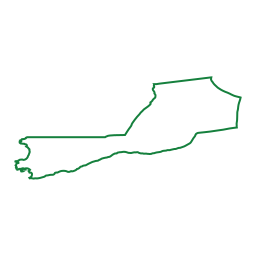 the district of Sveitarfélagið Skagaströnd, Norðurland vestra, Iceland
{"feature_id": "244011B17586381133924", "entity_name": "Sveitarfélagið Skagaströnd", "entity_type": "district", "adm_level": 2, "iso_a3": "ISL", "parent_name": "Iceland", "parent_adm1": "Norðurland vestra", "projection": "robinson", "projection_center": [-20.221, 65.865], "detail": "fine", "context": "isolated", "style": "outline", "palette": "green", "viewbox_px": 256, "rotation_deg": 0, "n_neighbors": 0, "source": "geoboundaries", "source_scale": "gbopen_adm2", "svg_char_len": 5571}
<svg xmlns="http://www.w3.org/2000/svg" viewBox="0 0 256 256"><path d="M211.3,77.4L210.1,77.5L202.0,78.5L183.8,80.7L159.0,83.7L156.6,84.1L155.8,84.1L154.0,84.1L154.1,84.3L154.1,84.9L154.0,85.2L153.8,86.0L154.2,86.6L154.2,86.9L154.2,87.1L154.1,87.4L153.9,87.7L152.9,88.4L152.9,88.6L152.8,89.0L152.8,89.4L152.9,89.7L153.0,90.0L154.1,91.6L154.5,92.3L154.5,92.9L154.4,93.4L154.5,93.6L155.3,94.6L155.4,95.0L155.5,95.7L155.4,96.4L155.4,96.9L155.2,97.5L154.9,97.9L153.9,98.7L153.2,99.4L152.7,100.0L152.6,100.3L152.4,100.7L152.1,101.0L151.0,102.1L150.5,102.3L150.4,102.5L150.3,102.9L150.6,103.4L150.6,103.9L150.5,104.1L149.6,105.1L147.8,106.6L143.9,109.4L142.2,111.2L140.7,112.6L139.5,114.2L137.2,116.7L134.8,119.7L132.5,122.9L131.8,124.1L131.4,125.4L131.0,126.1L130.0,127.5L128.8,129.1L127.2,131.5L125.0,135.0L114.4,135.2L111.6,135.4L110.0,135.5L108.1,135.8L106.6,136.4L105.9,136.7L105.1,137.2L27.1,137.2L27.0,137.3L26.7,137.5L26.3,137.6L25.9,137.8L25.9,138.2L25.6,138.5L25.2,138.6L24.5,138.9L24.2,139.0L23.7,139.0L23.1,139.2L22.7,139.1L21.9,139.2L21.7,139.4L21.6,139.7L21.0,140.1L20.3,140.4L20.5,140.6L21.3,141.0L21.3,141.3L20.9,141.6L20.4,141.7L19.7,141.7L19.6,141.8L19.7,142.7L20.4,143.3L20.7,143.5L22.1,143.6L22.6,143.7L24.3,143.8L24.5,144.1L24.8,144.2L25.2,144.2L26.3,144.5L26.6,144.8L26.8,145.1L26.9,145.6L26.7,146.0L26.2,146.5L27.4,147.2L27.8,147.4L28.2,147.8L28.2,148.1L28.5,148.5L29.0,148.8L29.3,149.1L29.3,149.4L29.3,149.6L29.5,149.8L29.5,150.2L29.4,150.7L29.7,151.5L29.6,152.0L29.5,152.3L29.6,152.6L29.2,153.4L28.6,155.2L28.4,155.4L28.1,155.9L27.8,156.6L27.6,157.3L26.9,158.2L26.0,159.0L24.9,159.6L24.1,159.8L23.5,159.9L22.1,159.5L20.0,159.7L19.4,159.9L19.2,160.1L19.0,160.3L18.7,160.5L18.4,160.5L18.1,160.8L17.5,161.1L17.2,161.3L16.9,161.2L16.6,161.1L16.0,161.2L15.6,161.2L15.4,161.3L15.4,161.6L15.7,161.7L16.8,162.0L17.9,162.3L18.1,162.4L18.4,162.6L18.4,163.0L16.6,163.5L16.4,163.8L16.2,164.5L16.1,164.8L16.1,165.1L15.6,165.4L15.7,165.6L16.0,165.8L16.0,166.0L16.2,166.5L16.0,167.1L16.7,167.4L16.6,167.6L16.3,167.7L16.2,168.0L16.6,168.3L16.6,168.5L16.5,168.8L16.8,169.0L17.0,169.2L17.2,169.4L17.3,169.7L17.6,169.6L18.0,169.6L18.2,169.4L18.3,169.2L19.8,168.8L20.1,168.8L20.7,169.0L20.7,169.9L21.0,170.3L20.9,170.4L20.8,170.5L21.1,171.1L21.8,172.1L21.5,171.0L22.4,171.4L22.8,171.4L23.0,171.3L21.6,170.7L22.6,170.7L21.6,170.4L21.5,169.9L22.1,169.9L22.0,169.2L21.9,169.2L21.9,168.6L22.7,168.6L23.0,168.5L23.0,168.3L23.3,168.3L24.1,168.5L24.4,168.6L24.0,170.1L24.4,169.6L25.6,169.6L25.6,169.4L25.4,169.4L25.6,168.7L25.6,168.4L25.8,168.3L27.0,168.3L27.4,168.4L28.4,168.7L29.6,169.4L30.0,169.8L29.8,170.0L29.3,170.0L29.3,170.4L29.3,170.6L29.0,170.9L28.6,171.1L28.7,171.3L28.8,171.5L29.3,172.0L29.5,172.6L30.2,172.7L30.5,172.7L30.8,172.6L31.3,172.8L31.9,173.5L32.0,174.0L31.9,175.2L31.5,176.3L30.8,177.0L30.3,177.6L29.9,177.6L29.4,177.8L29.7,178.3L30.4,178.2L31.5,178.2L33.2,178.5L33.7,178.6L34.1,178.5L35.1,178.3L35.9,178.3L36.5,178.4L37.2,178.4L38.7,178.2L40.2,177.9L43.7,176.9L44.6,176.6L44.8,176.4L45.9,175.6L46.3,175.5L47.7,175.4L49.1,175.1L49.3,175.0L50.0,174.9L50.5,174.9L50.8,174.8L52.2,174.8L53.2,174.7L53.6,174.5L54.1,174.2L54.5,173.8L54.7,173.4L55.0,172.9L55.5,172.7L56.0,172.6L56.6,172.5L57.1,172.6L57.6,172.5L58.1,172.3L58.5,172.0L59.6,171.6L60.2,171.3L61.3,171.0L62.1,170.9L63.5,170.8L64.0,170.9L64.9,170.9L66.0,171.1L66.6,171.3L67.5,171.7L68.1,171.9L69.0,171.9L69.8,171.7L70.9,171.2L71.2,171.1L71.4,171.2L71.6,171.3L72.0,171.3L72.5,171.3L73.4,171.1L74.2,170.8L75.4,170.3L76.5,169.6L76.8,169.1L77.2,168.9L77.9,168.8L78.5,168.5L79.0,168.2L79.6,167.7L80.1,167.1L80.5,166.8L81.0,166.6L82.0,166.4L82.4,166.2L82.9,165.8L83.3,165.7L84.1,165.5L85.0,165.4L85.7,165.3L87.0,164.6L87.5,164.3L88.6,163.7L90.8,162.7L91.1,162.5L92.5,161.9L94.6,161.3L95.5,161.0L96.2,160.9L97.7,160.7L98.3,160.5L98.5,160.3L99.1,160.0L99.3,159.8L100.3,159.5L100.9,159.1L101.8,158.6L103.6,158.1L105.4,157.7L106.9,157.5L107.9,157.1L109.5,156.8L110.4,156.4L110.8,156.1L112.1,155.1L113.1,154.4L114.3,153.8L114.6,153.6L115.3,153.5L116.7,153.4L116.9,153.3L117.2,152.9L117.7,152.6L117.8,152.6L119.9,152.2L120.9,152.2L122.8,151.9L123.4,151.8L124.3,151.9L124.8,151.8L126.5,152.2L128.3,152.8L129.0,152.9L129.5,152.9L130.6,153.0L131.2,153.0L132.0,152.8L133.8,152.4L134.8,152.3L135.8,152.4L137.0,152.2L137.8,152.2L138.8,152.8L140.4,153.3L141.0,153.4L142.7,153.4L143.8,153.7L144.4,153.7L146.1,153.6L147.1,153.8L148.6,153.9L149.3,154.0L151.1,153.9L152.1,153.5L152.7,153.3L154.1,153.2L155.3,152.8L156.4,152.5L157.7,152.3L159.3,152.1L160.8,151.8L162.3,151.1L163.0,150.9L163.6,150.8L166.1,150.6L166.9,150.3L167.7,150.1L169.2,150.1L169.9,150.1L170.5,149.9L173.0,149.3L174.4,149.0L175.4,149.0L176.6,148.7L177.4,148.3L178.1,148.1L178.8,147.9L179.9,147.9L182.5,147.0L184.2,146.4L185.2,145.9L189.5,143.5L190.1,143.1L190.7,142.5L191.0,142.1L191.4,141.5L193.4,138.2L194.8,136.4L195.1,135.9L195.3,135.5L195.3,135.2L195.8,134.4L196.0,134.0L196.4,133.7L196.7,133.5L197.4,133.1L198.1,132.9L198.8,132.8L204.6,132.2L209.9,131.6L219.5,130.2L223.1,129.7L229.4,128.5L233.6,127.9L236.8,127.5L236.7,127.0L236.7,125.3L236.6,123.7L236.7,123.1L236.8,122.1L237.0,121.0L237.1,119.8L237.2,117.1L237.3,112.4L237.5,111.1L237.7,110.5L238.0,108.9L238.1,108.0L238.2,106.9L238.5,104.9L239.1,102.6L239.5,101.5L239.9,100.3L240.2,99.3L240.6,97.5L240.3,97.4L236.6,96.5L234.8,96.0L233.7,95.6L231.1,94.4L230.0,93.8L227.6,92.7L225.2,91.8L222.8,90.7L221.1,89.8L219.2,88.6L217.7,87.6L214.5,84.6L213.8,83.8L213.3,83.2L212.8,82.3L212.0,81.4L211.5,80.6L211.2,79.9L211.0,79.3L211.1,78.4L211.3,77.4Z" fill="none" stroke="#15803d" stroke-width="2"/></svg>